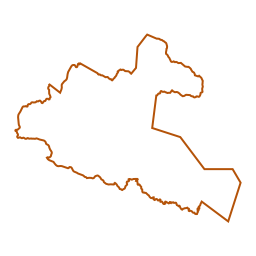 Karimui/Nomane District, Chimbu, Papua New Guinea (Robinson projection)
{"feature_id": "67681753B62109330711347", "entity_name": "Karimui/Nomane District", "entity_type": "district", "adm_level": 2, "iso_a3": "PNG", "parent_name": "Papua New Guinea", "parent_adm1": "Chimbu", "projection": "robinson", "projection_center": [144.808, -6.532], "detail": "fine", "context": "isolated", "style": "outline", "palette": "amber", "viewbox_px": 256, "rotation_deg": 0, "n_neighbors": 0, "source": "geoboundaries", "source_scale": "gbopen_adm2", "svg_char_len": 5752}
<svg xmlns="http://www.w3.org/2000/svg" viewBox="0 0 256 256"><path d="M48.9,84.0L49.4,85.0L49.4,85.4L48.3,87.3L48.2,88.4L48.4,89.0L49.1,89.8L49.2,93.7L50.1,95.6L50.5,96.9L50.5,97.3L49.8,98.1L49.5,99.3L48.9,99.5L47.9,98.8L46.7,98.8L46.2,99.2L45.3,100.9L44.3,101.0L43.4,101.9L42.9,102.7L42.3,103.1L41.9,103.0L41.5,102.6L41.2,101.8L40.2,100.7L39.9,100.6L39.1,100.8L38.2,101.4L37.6,101.4L36.9,101.2L35.6,102.3L33.9,102.5L32.2,102.3L31.5,102.5L30.7,103.6L30.0,104.1L28.7,104.1L28.3,104.3L27.8,104.9L27.7,105.3L27.7,105.9L27.4,106.5L26.9,106.6L25.9,106.1L25.1,106.4L23.6,106.4L23.2,106.5L22.5,107.2L20.4,111.5L18.5,114.5L18.2,115.9L18.1,117.3L18.7,123.7L18.9,125.0L19.7,126.6L19.8,127.4L19.6,127.9L17.5,129.8L16.0,129.8L15.4,130.3L15.6,131.0L16.4,131.4L16.9,132.0L17.2,133.2L17.8,134.0L18.0,135.1L17.2,136.5L17.3,137.1L17.9,137.8L18.5,137.8L20.0,137.3L21.5,138.1L22.4,138.1L23.2,137.7L23.8,137.8L25.0,138.6L25.6,138.8L26.7,138.7L27.4,138.1L27.9,138.1L29.1,138.7L31.3,138.5L31.7,138.7L33.9,138.7L35.1,138.8L36.4,138.4L37.6,138.7L39.6,139.5L43.9,140.5L44.9,141.2L45.7,142.2L46.0,143.5L46.3,144.0L48.1,145.0L48.6,145.5L49.1,146.5L49.3,147.6L50.2,149.7L51.0,150.8L51.7,152.1L51.8,152.9L51.6,153.7L51.2,154.6L51.0,155.7L50.7,156.4L49.6,157.3L49.0,157.5L47.5,157.3L46.9,157.7L47.9,159.2L49.3,160.2L53.5,161.9L54.7,163.6L56.0,165.1L57.3,166.0L58.4,166.2L60.2,166.0L61.8,166.1L67.9,168.2L68.2,168.2L68.8,167.9L69.3,167.2L69.8,167.0L71.1,167.3L71.7,167.9L73.2,170.8L74.1,171.6L76.8,172.7L78.0,173.5L82.9,175.3L84.0,176.1L84.6,176.8L85.8,177.1L86.3,177.4L86.9,178.1L89.1,177.8L91.3,177.9L92.5,178.3L93.0,178.3L93.8,178.0L95.1,176.4L95.5,176.1L97.3,175.5L98.2,175.7L100.2,177.4L101.3,179.3L103.2,180.4L103.5,180.8L103.7,181.6L103.9,182.1L106.1,183.8L108.6,184.5L110.5,184.3L113.8,184.5L114.2,184.2L114.4,183.3L114.9,182.9L115.6,183.4L116.7,184.5L117.4,185.9L119.1,187.5L119.5,188.6L119.8,189.0L121.0,189.2L121.6,189.8L122.3,190.0L123.4,189.1L124.5,188.7L125.1,187.7L125.4,186.3L127.1,184.6L127.1,183.9L126.7,182.9L126.8,182.1L127.1,181.6L127.5,181.4L128.4,181.4L128.9,181.0L129.0,180.5L128.6,179.3L129.1,179.0L129.7,179.0L130.3,179.3L130.7,179.2L131.5,179.6L132.0,179.6L133.5,179.0L137.1,178.9L137.5,179.0L137.7,179.5L137.3,179.9L136.3,180.4L136.1,180.5L136.0,180.9L136.9,181.0L137.2,181.1L137.6,183.3L137.6,184.2L137.9,184.7L138.2,184.8L139.0,184.4L139.3,184.5L139.7,184.8L140.1,185.6L141.2,186.8L141.2,188.4L141.5,188.9L142.2,189.4L142.3,191.5L142.7,192.3L143.3,192.6L144.2,192.5L144.9,192.9L145.9,192.9L148.0,194.9L148.8,195.4L149.6,196.8L150.7,197.9L151.7,198.1L152.5,197.8L153.2,197.3L153.7,197.3L153.8,198.1L153.6,199.3L154.6,200.0L155.1,199.8L155.7,199.2L156.2,199.0L157.0,199.2L157.9,200.4L158.4,200.5L158.8,200.4L159.6,199.5L160.2,199.5L160.5,199.9L160.3,201.1L160.5,201.8L161.9,201.6L162.4,202.1L163.2,203.6L163.8,204.0L164.4,204.0L165.2,203.6L165.3,203.2L164.9,202.5L165.0,202.1L165.3,201.7L165.8,201.7L168.8,203.4L169.0,203.3L169.4,202.8L169.9,202.0L170.1,202.0L170.5,202.3L170.7,203.0L171.0,203.1L171.5,202.4L172.6,202.6L173.0,202.3L173.3,202.3L174.0,202.9L175.8,202.7L176.1,202.9L176.5,203.7L176.5,204.3L176.9,205.1L177.9,205.5L178.6,206.2L179.4,205.8L179.8,206.2L180.1,207.2L180.7,208.3L181.6,209.4L182.3,209.6L183.0,208.8L183.7,208.7L184.4,208.3L186.1,208.1L187.3,207.7L187.9,208.5L188.4,208.5L188.9,208.8L188.9,209.2L188.7,210.7L189.0,211.0L189.4,211.1L190.0,210.6L191.7,211.2L192.8,212.5L193.6,212.8L194.4,212.7L195.1,213.8L196.1,214.1L197.0,214.0L197.3,213.0L197.9,211.9L197.6,211.1L198.3,210.7L198.6,210.1L198.4,209.8L197.8,209.6L197.5,209.3L197.6,208.6L198.0,208.2L198.3,208.2L198.7,208.9L199.0,208.9L199.3,208.6L199.4,207.9L199.0,207.3L198.8,206.7L200.1,205.5L200.5,204.1L201.7,201.6L228.2,221.4L240.6,182.7L232.6,169.1L204.4,169.1L180.3,137.1L152.2,128.0L156.3,95.5L157.2,95.3L158.0,94.1L158.6,93.5L159.7,93.5L160.2,93.0L160.4,91.8L160.8,91.2L161.5,91.1L162.3,91.7L163.0,91.9L164.4,91.6L165.6,92.3L166.5,92.5L167.3,93.0L168.7,92.8L170.2,92.8L171.9,90.4L172.3,90.4L172.9,91.2L174.9,92.2L176.8,92.0L177.8,92.3L178.7,93.0L179.4,93.4L180.4,94.6L182.7,96.2L184.0,96.0L186.1,94.8L190.0,95.1L190.9,95.9L192.0,96.3L192.9,96.3L193.5,97.0L194.3,97.4L195.0,97.3L195.9,97.0L196.4,96.4L197.4,96.4L198.6,96.8L199.1,96.7L199.4,96.5L200.1,95.3L200.5,94.2L200.5,93.3L200.6,93.0L201.1,92.6L202.1,92.3L202.5,91.8L202.2,89.7L202.2,88.6L202.8,86.7L202.4,84.7L202.4,83.9L202.6,83.3L202.6,81.8L202.8,81.0L201.3,77.8L199.1,75.8L198.6,76.3L197.8,76.3L194.9,75.3L194.8,74.3L194.1,72.7L193.3,72.1L192.5,71.8L191.1,69.6L190.9,69.0L190.3,68.3L188.9,67.1L188.3,66.8L187.5,66.9L185.1,66.5L180.9,62.9L178.5,63.1L177.8,62.8L177.0,62.2L176.0,61.9L175.0,62.2L173.7,61.4L173.0,61.8L171.7,61.9L171.0,61.5L169.2,57.7L168.3,56.8L167.8,55.5L167.1,54.6L166.2,54.0L166.0,53.4L166.0,52.2L166.5,49.6L166.4,49.0L167.0,48.0L167.1,46.2L166.3,43.4L165.8,42.7L165.1,42.3L164.0,41.3L163.1,40.9L161.9,40.0L160.3,39.7L159.7,39.1L158.8,38.7L158.1,38.8L157.6,38.6L156.8,38.7L147.2,34.6L145.8,36.2L137.5,47.0L136.0,67.9L131.2,73.7L130.7,73.4L129.7,72.1L128.4,71.3L125.2,71.1L123.5,69.8L122.6,69.7L121.3,70.0L120.6,69.5L120.2,69.6L119.4,70.4L118.8,70.5L117.7,71.5L117.8,71.9L118.0,72.1L117.9,72.5L116.9,73.8L116.3,75.5L115.4,76.7L114.9,77.1L114.6,77.8L113.4,78.8L113.0,79.6L112.5,79.8L112.2,80.3L111.7,80.2L111.0,79.2L110.1,79.2L109.9,78.9L108.8,78.4L108.0,77.3L107.5,77.0L105.5,77.2L102.3,75.3L101.0,75.3L99.9,74.5L99.3,74.6L98.9,74.3L98.5,74.5L98.0,74.1L97.5,73.2L80.2,63.4L79.9,64.1L79.6,64.3L79.2,64.3L78.6,63.6L78.0,64.0L77.3,66.6L76.9,67.1L76.6,67.2L76.0,67.1L74.8,65.2L74.4,65.0L73.2,65.0L72.4,65.2L71.4,66.2L68.2,71.9L67.6,74.1L67.1,77.7L66.6,79.3L65.7,80.3L64.3,81.3L62.1,84.0L61.8,84.6L61.7,85.2L61.8,87.7L61.4,89.5L60.1,92.7L48.9,84.0Z" fill="none" stroke="#b45309" stroke-width="2"/></svg>